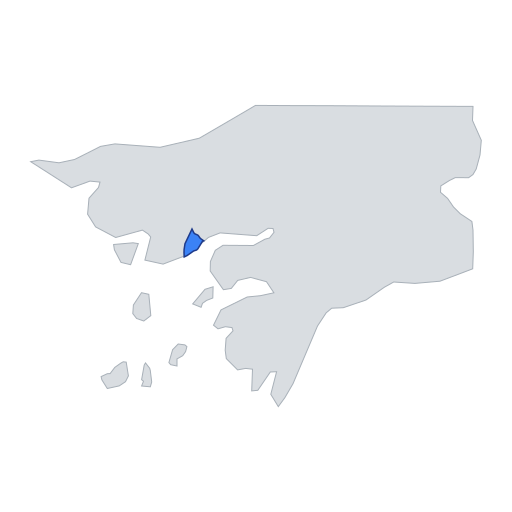 Bissau highlighted on a map of Guinea-Bissau
{"feature_id": "GNB-769", "entity_name": "Bissau", "entity_type": "Autonomous Sector", "adm_level": 1, "iso_a3": "GNB", "parent_name": "Guinea-Bissau", "parent_adm1": "", "projection": "natural_earth1", "projection_center": [-15.605, 11.885], "detail": "fine", "context": "in_parent", "style": "filled", "palette": "blue", "viewbox_px": 512, "rotation_deg": 0, "n_neighbors": 0, "source": "natural_earth", "source_scale": "10m", "svg_char_len": 2288}
<svg xmlns="http://www.w3.org/2000/svg" viewBox="0 0 512 512"><path d="M30.7,161.7L38.9,160.1L59.0,162.8L74.5,159.5L85.5,154.0L100.5,146.4L114.9,143.9L160.1,147.3L199.3,138.2L228.5,121.2L255.5,105.4L290.4,105.6L327.8,105.7L381.0,106.0L423.2,106.2L473.0,106.4L472.5,120.5L481.3,140.3L480.0,155.0L476.2,169.0L473.0,174.5L468.6,177.7L455.3,177.6L449.6,180.4L440.8,185.9L440.5,192.3L447.6,198.4L453.5,207.0L460.2,213.7L471.9,221.5L473.0,230.1L473.3,251.8L472.7,268.8L440.0,281.2L414.9,283.4L393.7,282.0L384.4,287.2L366.0,300.0L343.3,307.7L331.7,308.2L326.2,312.8L317.5,326.0L293.0,383.7L284.9,397.6L278.3,406.6L270.8,394.3L276.6,371.7L270.3,372.0L257.8,390.3L251.7,390.9L252.5,369.2L245.6,368.4L237.6,369.9L226.3,358.6L225.2,350.2L226.1,338.3L233.0,330.8L232.0,327.6L225.4,326.7L218.0,328.8L213.5,325.2L221.0,309.9L247.2,297.0L260.4,295.7L273.9,292.8L266.5,281.7L250.5,277.4L237.7,280.4L231.3,288.4L223.4,289.7L210.2,271.0L210.4,261.5L215.3,250.3L223.0,245.3L253.4,245.5L264.9,239.2L269.5,238.0L274.0,232.3L273.0,228.5L268.1,228.3L256.7,235.7L220.1,232.9L208.5,237.4L188.1,254.6L163.1,264.1L144.9,260.1L150.7,237.0L148.1,233.9L142.4,230.1L115.7,237.5L95.6,226.9L87.6,214.2L89.0,198.2L98.5,187.5L100.0,182.1L90.0,181.1L71.5,187.8L30.7,161.7ZM119.2,385.9L107.3,388.5L101.9,379.9L101.1,376.6L107.3,373.7L110.1,373.6L114.8,367.4L120.7,363.2L123.2,361.8L126.2,362.1L128.4,375.9L125.5,381.7L119.2,385.9ZM150.8,315.6L143.8,321.0L136.6,318.5L132.8,313.6L133.4,305.0L141.5,292.7L148.8,294.3L150.8,315.6ZM138.3,243.6L130.6,264.7L121.0,262.4L114.4,249.8L113.6,244.5L133.0,242.8L138.3,243.6ZM177.0,358.9L177.0,366.0L170.7,364.7L168.9,362.6L172.6,349.7L178.2,344.0L184.9,344.9L186.9,346.6L185.6,351.6L182.7,355.7L177.0,358.9ZM202.5,303.3L201.1,307.3L192.7,303.9L205.0,289.3L213.1,286.8L212.8,298.0L206.6,300.4L202.5,303.3ZM151.7,382.0L150.3,386.8L141.6,386.0L143.5,381.2L141.6,379.7L144.2,365.1L145.5,362.9L149.7,368.3L150.3,370.6L151.7,382.0Z" fill="#d9dde1" stroke="#a8b0b8" stroke-width="1"/><path d="M203.7,240.8L203.2,241.0L202.2,241.7L197.8,248.9L196.6,250.0L193.6,251.0L187.0,255.6L184.2,256.9L184.0,252.5L184.1,249.5L185.0,243.7L192.0,229.0L193.8,232.7L194.3,233.3L195.2,234.0L197.0,234.7L198.2,235.4L200.1,238.1L201.0,238.9L203.7,240.8Z" fill="#3b82f6" stroke="#1e3a8a" stroke-width="1.5"/></svg>